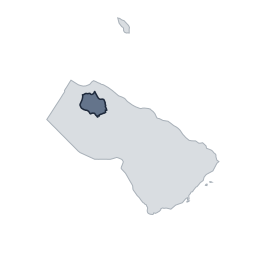 location of Man'ar, Al Mahrah, Yemen, rotated 234°
{"feature_id": "15242507B25634508234618", "entity_name": "Man'ar", "entity_type": "district", "adm_level": 2, "iso_a3": "YEM", "parent_name": "Yemen", "parent_adm1": "Al Mahrah", "projection": "robinson", "projection_center": [50.908, 16.452], "detail": "fine", "context": "in_parent", "style": "filled", "palette": "slate", "viewbox_px": 256, "rotation_deg": 234, "n_neighbors": 0, "source": "geoboundaries", "source_scale": "gbopen_adm2", "svg_char_len": 6394}
<svg xmlns="http://www.w3.org/2000/svg" viewBox="0 0 256 256"><g transform="rotate(234 128 128)"><path d="M200.2,110.0L192.2,113.2L190.1,114.7L188.2,116.4L186.8,118.7L185.8,122.6L186.6,126.1L186.5,128.0L184.4,129.3L182.5,130.2L180.4,131.6L179.1,132.0L178.0,133.1L176.8,133.8L172.3,135.8L167.4,137.4L159.6,139.3L156.6,141.3L153.9,142.7L149.8,143.1L144.1,145.0L140.9,146.5L137.0,149.0L136.1,149.8L135.4,151.7L134.2,153.3L131.8,155.9L130.1,157.2L128.9,157.3L126.6,158.0L123.8,158.2L119.3,157.3L118.1,157.9L117.1,158.9L113.6,160.7L110.0,164.3L107.3,165.2L103.1,166.4L100.1,167.8L98.1,168.4L95.5,168.8L90.8,168.6L86.3,169.1L82.1,170.2L80.1,172.1L77.8,175.1L74.2,176.3L73.3,177.4L72.2,179.7L69.8,180.2L67.6,180.6L65.5,179.6L61.3,182.3L59.7,182.8L57.4,182.9L55.7,183.4L54.5,183.3L53.0,182.2L49.8,181.0L47.4,181.8L47.2,179.2L43.4,171.5L44.3,164.7L44.3,163.7L43.5,160.7L41.3,157.9L41.3,154.4L40.6,151.9L40.0,149.4L40.2,148.7L40.2,148.0L39.1,144.1L38.7,143.3L38.6,142.4L39.0,141.8L39.0,141.1L38.3,139.9L37.7,137.5L34.6,135.7L35.2,134.0L35.8,134.6L36.7,135.1L36.8,134.0L36.9,133.2L35.6,128.1L37.6,121.2L37.1,115.0L40.1,112.5L40.8,111.8L41.2,111.1L42.0,109.7L42.9,109.2L43.3,107.8L43.3,107.0L42.6,106.4L42.2,104.6L42.4,102.5L42.5,101.5L42.9,99.9L43.9,99.2L44.2,98.8L43.4,97.7L43.5,97.1L45.2,95.3L45.9,94.8L47.1,94.2L48.0,94.2L49.0,94.5L49.9,95.0L50.8,95.9L51.7,96.9L53.2,97.3L54.2,97.2L55.0,97.7L55.6,97.4L56.4,96.9L57.6,96.9L58.8,96.3L61.9,96.1L64.9,96.2L68.1,95.7L71.3,95.8L74.5,95.8L75.2,95.9L75.9,96.2L78.5,97.8L80.6,98.1L84.7,98.5L89.1,99.0L92.9,99.4L96.1,99.0L98.7,98.7L99.5,98.8L100.3,99.7L101.9,102.2L103.4,104.4L106.0,104.6L107.7,103.7L109.6,102.5L110.8,101.6L112.1,97.8L113.0,95.4L115.0,92.7L116.6,90.5L118.8,87.5L120.0,85.8L122.4,82.6L124.7,81.3L129.1,78.8L133.4,76.4L136.2,74.8L138.6,74.1L142.6,73.5L147.3,72.8L152.0,72.0L157.0,71.3L162.5,70.4L166.4,69.8L171.2,69.1L175.3,68.4L178.9,67.9L182.6,67.3L183.3,69.1L184.0,70.9L184.7,72.8L185.4,74.6L186.1,76.4L186.8,78.2L187.5,80.0L188.2,81.8L188.9,83.6L189.6,85.5L190.3,87.3L191.0,89.1L191.7,90.9L192.4,92.7L193.2,94.5L193.9,96.4L194.5,98.1L195.7,98.7L196.4,100.4L197.3,102.8L198.3,105.2L199.3,107.6L200.2,110.0ZM211.2,182.9L212.2,183.1L213.7,182.5L218.0,182.4L223.1,184.4L222.2,185.0L221.6,185.7L219.3,186.4L217.1,187.9L210.5,188.7L208.6,188.3L207.0,186.8L204.1,184.8L205.2,183.6L205.5,183.0L205.9,182.4L207.6,181.5L209.2,181.6L211.2,182.9ZM36.4,158.7L36.2,159.0L35.9,159.0L35.0,158.0L36.1,156.9L36.6,157.9L36.4,158.7ZM33.5,134.4L33.0,134.8L32.9,134.1L33.2,132.5L33.7,132.1L34.1,133.3L33.8,133.9L33.5,134.4ZM35.9,163.5L34.8,164.1L35.6,162.6L36.3,162.3L36.5,162.4L35.9,163.5Z" fill="#d9dde1" stroke="#a8b0b8" stroke-width="1"/><path d="M154.7,109.9L154.8,110.0L155.1,110.2L155.2,110.3L155.4,110.5L155.4,110.8L155.2,110.9L155.1,111.0L155.0,111.3L154.8,111.5L154.7,111.6L154.7,111.8L154.8,111.9L155.0,111.9L155.2,112.0L155.3,112.1L155.4,112.3L155.5,112.4L155.5,112.5L155.4,112.6L155.4,112.8L155.3,113.1L155.3,113.4L155.3,113.5L155.2,113.5L155.1,113.8L155.1,114.0L155.1,114.3L155.0,114.5L154.8,114.7L154.7,115.0L154.7,115.5L154.6,115.8L154.6,116.0L154.5,116.4L154.4,116.5L154.5,116.8L154.4,117.0L154.2,117.3L154.0,117.5L153.9,117.8L153.9,118.0L153.9,118.5L153.8,119.0L154.1,119.1L154.4,119.2L154.5,119.3L154.7,119.5L154.8,119.5L155.0,119.8L155.2,120.1L155.3,120.2L155.4,120.3L155.5,120.3L155.4,120.5L155.2,120.8L155.0,121.0L154.9,121.2L154.9,121.3L155.1,121.4L155.3,121.4L155.5,121.5L155.8,121.6L156.0,121.7L156.4,121.8L156.5,121.9L156.8,121.9L156.9,122.0L157.1,122.0L157.3,122.0L157.5,122.0L157.8,122.1L158.0,122.1L158.4,122.2L158.5,122.2L158.7,122.3L158.8,122.4L158.9,122.5L159.0,122.6L159.1,122.9L159.1,123.0L159.4,123.1L159.5,123.2L159.7,123.3L159.8,123.3L160.0,123.4L160.2,123.5L160.3,123.5L160.5,123.5L160.9,123.7L161.0,123.7L161.2,123.8L161.3,124.0L161.5,124.1L161.6,124.3L161.8,124.3L162.0,124.3L162.2,124.5L162.5,124.6L162.8,124.6L163.0,124.7L163.3,124.8L163.5,124.8L163.9,124.9L164.1,125.0L164.3,125.0L164.6,125.1L165.1,125.1L165.4,125.1L165.5,125.0L165.7,124.9L165.8,124.8L166.1,124.5L166.2,124.4L166.3,124.4L166.4,124.2L166.5,124.1L166.7,123.8L166.9,123.5L167.0,123.2L167.3,122.8L167.4,122.6L167.5,122.5L167.6,122.4L167.8,122.3L167.9,122.2L168.1,122.0L168.3,121.9L168.7,121.8L169.0,121.7L169.5,121.6L169.9,121.6L170.2,121.6L170.3,121.6L170.5,121.6L170.8,121.7L171.3,121.7L171.5,121.7L171.8,121.8L172.0,121.8L172.4,121.8L172.7,121.9L172.9,121.9L173.0,121.9L173.3,122.0L173.6,122.0L173.8,122.1L174.1,122.1L174.3,122.1L174.5,122.1L174.9,122.2L175.0,122.2L175.7,122.3L175.8,122.3L176.3,122.4L176.5,122.5L176.9,122.5L177.0,122.5L177.0,122.4L177.0,122.1L176.9,122.0L176.9,121.9L176.8,121.7L176.7,121.5L176.3,120.9L176.2,120.6L176.2,120.2L176.1,119.9L176.2,119.4L176.2,119.2L176.3,118.9L176.3,118.7L176.4,118.4L176.5,118.3L176.6,118.2L176.9,117.9L177.1,117.7L177.4,117.6L177.5,117.6L177.8,117.6L178.2,117.6L178.3,117.6L178.6,117.3L178.7,117.2L178.8,116.9L178.9,116.7L179.1,116.3L179.2,116.2L179.3,115.8L179.4,115.6L179.5,115.5L179.8,115.2L180.0,115.0L180.2,114.8L180.3,114.7L180.5,114.5L180.6,114.3L180.7,114.2L180.8,114.0L180.8,113.9L180.9,113.7L180.9,113.4L180.9,113.1L181.0,113.0L181.0,112.8L181.0,112.6L181.0,112.3L181.1,112.1L181.1,111.7L181.3,111.3L181.4,111.1L181.4,110.9L181.5,110.7L180.4,110.1L179.5,109.3L178.8,108.6L178.3,108.0L177.6,107.1L176.7,105.5L176.1,104.5L175.7,103.7L175.4,103.3L175.1,103.0L174.9,102.7L174.6,102.6L174.3,102.5L174.0,102.4L173.7,102.4L173.1,102.2L172.4,102.1L171.8,102.0L171.4,102.0L171.2,102.1L169.9,102.6L169.2,102.9L169.2,103.0L168.9,103.1L168.7,103.2L168.6,103.3L168.4,103.4L168.3,103.5L168.2,103.6L167.9,103.8L167.7,103.9L167.5,104.0L167.4,104.1L167.1,104.4L167.0,104.5L166.9,104.6L166.8,104.8L166.7,104.9L166.4,105.2L166.1,105.3L165.9,105.4L165.7,105.5L165.4,105.6L165.2,105.7L165.0,105.8L164.9,105.8L164.7,105.9L164.1,105.9L163.8,105.9L163.4,105.9L163.0,105.9L162.9,105.9L162.6,105.8L162.3,105.8L162.1,105.8L161.9,105.8L161.7,105.9L161.5,106.0L161.4,106.1L161.3,106.4L161.3,106.5L161.3,106.9L161.3,107.0L161.2,107.2L161.2,107.4L161.1,107.6L161.0,107.8L160.8,108.1L160.8,108.3L160.7,108.4L160.6,108.5L160.4,108.7L160.2,108.9L159.9,109.2L159.7,109.4L159.6,109.5L159.4,109.6L159.2,109.6L158.7,109.5L158.2,109.5L157.9,109.5L157.4,109.5L157.1,109.5L156.9,109.6L156.6,109.6L156.4,109.7L155.7,109.7L155.4,109.7L154.9,109.7L154.8,109.8L154.7,109.9Z" fill="#64748b" stroke="#1e293b" stroke-width="1.5"/></g></svg>